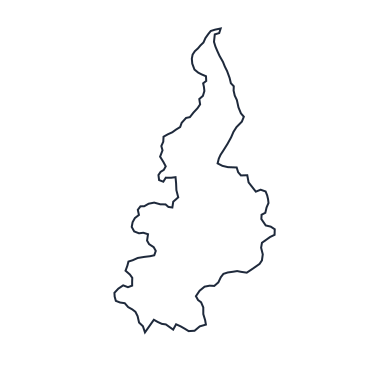 the district of Apuarema, Bahia, Brazil, rotated 49°
{"feature_id": "56859067B6094407413317", "entity_name": "Apuarema", "entity_type": "district", "adm_level": 2, "iso_a3": "BRA", "parent_name": "Brazil", "parent_adm1": "Bahia", "projection": "mercator", "projection_center": [-39.762, -13.814], "detail": "fine", "context": "isolated", "style": "outline", "palette": "slate", "viewbox_px": 384, "rotation_deg": 49, "n_neighbors": 0, "source": "geoboundaries", "source_scale": "gbopen_adm2", "svg_char_len": 2369}
<svg xmlns="http://www.w3.org/2000/svg" viewBox="0 0 384 384"><g transform="rotate(49 192 192)"><path d="M221.9,143.0L215.6,139.3L211.6,144.2L207.4,144.2L202.8,142.2L196.8,148.6L192.2,151.9L187.2,153.9L184.4,149.9L182.6,145.9L181.4,141.6L179.0,133.7L176.4,126.6L173.8,121.2L172.2,115.8L171.6,108.2L169.2,103.5L164.8,103.5L158.6,101.4L152.0,97.8L147.3,96.5L142.8,94.1L139.6,91.1L135.4,91.3L130.6,88.8L123.8,86.2L118.8,84.9L114.2,83.3L107.3,81.9L102.2,80.4L97.6,78.9L93.1,76.9L88.0,71.4L89.9,67.2L87.4,63.1L84.6,68.1L82.8,72.2L83.4,75.8L84.6,80.8L86.7,85.3L86.9,89.4L87.5,93.1L87.6,97.5L88.7,101.4L91.3,104.7L95.3,107.6L101.2,109.8L106.0,109.0L109.5,107.6L113.8,105.5L117.5,108.4L117.3,112.3L120.6,114.1L123.9,116.4L126.6,120.7L126.6,125.5L131.2,128.4L132.4,132.9L133.0,138.7L134.1,144.5L132.2,147.9L133.0,154.4L135.2,158.3L134.4,163.2L134.0,167.7L132.6,172.4L131.6,177.2L135.2,180.7L137.2,185.0L141.2,186.9L144.4,192.9L150.6,193.9L155.4,195.0L156.8,198.8L156.2,202.5L157.2,206.2L161.4,209.0L165.4,206.9L164.0,202.4L167.4,198.6L170.0,194.7L175.0,198.3L180.4,202.6L187.0,205.9L187.0,212.5L190.8,217.0L187.8,219.6L184.0,220.1L180.5,224.0L175.2,227.5L172.4,232.4L171.4,237.4L169.0,240.3L169.9,244.6L174.5,247.1L174.2,252.2L175.8,256.6L178.8,260.4L183.8,261.5L188.4,259.1L190.8,255.5L195.0,252.9L199.2,257.8L203.2,258.6L208.5,257.1L212.7,258.0L215.0,262.0L213.0,265.7L209.8,270.4L206.2,276.2L204.6,281.5L202.8,285.6L205.2,289.1L207.8,293.8L213.6,293.0L217.6,293.4L220.5,296.1L223.4,298.6L221.8,302.8L217.3,305.2L216.6,311.0L217.2,316.7L220.2,319.0L224.2,320.9L228.2,318.8L231.8,315.7L237.0,315.7L241.4,314.1L245.3,313.3L250.0,314.5L255.8,317.6L261.1,317.1L267.1,319.6L263.4,304.6L267.4,303.2L271.7,301.3L274.8,298.6L283.5,296.5L281.4,290.8L286.0,288.7L290.6,287.1L294.8,285.8L298.4,281.1L298.5,274.3L301.2,268.5L297.4,266.2L291.6,263.6L286.5,259.2L281.2,257.5L277.5,258.3L273.2,257.4L271.5,251.0L271.7,244.6L274.3,240.1L277.5,236.8L277.5,231.4L275.2,226.1L274.4,222.0L276.2,217.8L279.0,213.5L281.3,209.8L284.5,207.3L288.8,203.6L289.5,198.4L290.2,192.1L290.6,188.2L289.5,184.1L285.5,179.5L279.4,176.4L276.2,172.5L276.7,167.7L277.2,162.5L278.5,157.8L274.4,154.0L269.8,155.3L265.6,158.3L257.9,157.4L254.8,154.4L255.8,150.3L252.6,145.9L250.5,141.5L247.3,139.3L243.9,137.5L239.9,136.1L235.3,138.7L233.6,143.6L221.9,143.0Z" fill="none" stroke="#1e293b" stroke-width="2"/></g></svg>